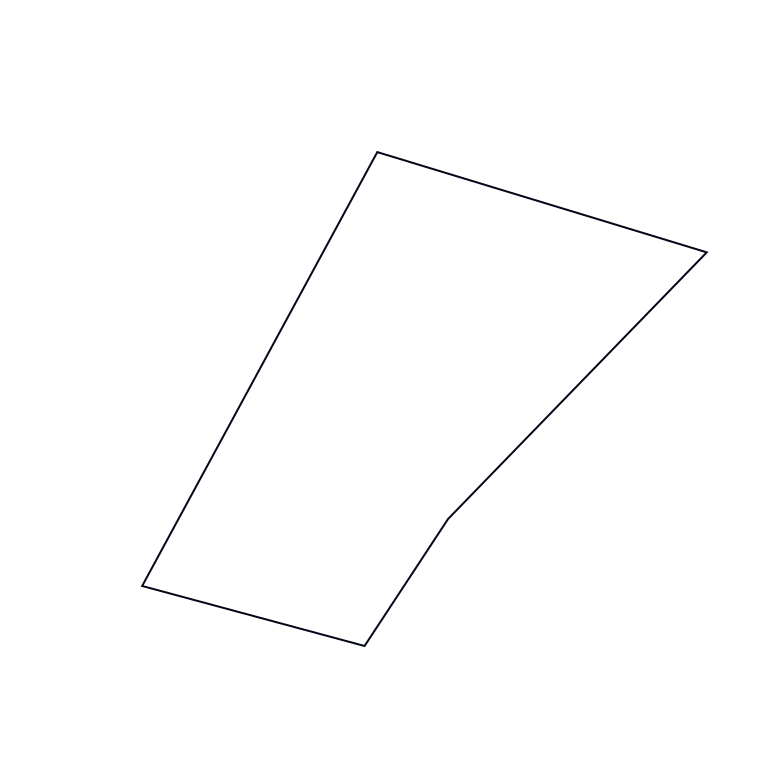 an SVG outline of Wong Tai Sin, rotated 311°
{"feature_id": "HKG-5160", "entity_name": "Wong Tai Sin", "entity_type": "state/province", "adm_level": 1, "iso_a3": "HKG", "parent_name": "Hong Kong S.A.R.", "parent_adm1": "", "projection": "mercator", "projection_center": [114.206, 22.344], "detail": "fine", "context": "isolated", "style": "outline", "palette": "ink", "viewbox_px": 768, "rotation_deg": 311, "n_neighbors": 0, "source": "natural_earth", "source_scale": "10m", "svg_char_len": 237}
<svg xmlns="http://www.w3.org/2000/svg" viewBox="0 0 768 768"><g transform="rotate(311 384 384)"><path d="M173.5,541.2L72.9,334.0L554.6,226.8L695.1,541.2L324.1,520.9L173.5,541.2Z" fill="none" stroke="#020617" stroke-width="2"/></g></svg>